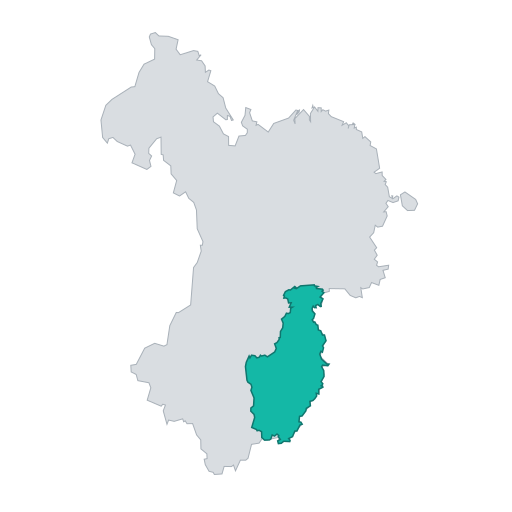 location of Xizang within China, rotated 272°
{"feature_id": "CHN-1662", "entity_name": "Xizang", "entity_type": "Autonomous Region", "adm_level": 1, "iso_a3": "CHN", "parent_name": "China", "parent_adm1": "", "projection": "robinson", "projection_center": [89.0, 31.884], "detail": "medium", "context": "in_parent", "style": "filled", "palette": "teal", "viewbox_px": 512, "rotation_deg": 272, "n_neighbors": 0, "source": "natural_earth", "source_scale": "10m", "svg_char_len": 5563}
<svg xmlns="http://www.w3.org/2000/svg" viewBox="0 0 512 512"><g transform="rotate(272 256 256)"><path d="M300.6,385.7L290.2,381.4L289.1,376.6L290.9,374.1L283.4,372.8L278.9,368.9L268.5,376.3L266.0,374.1L261.0,377.1L256.9,374.3L254.3,377.7L250.9,376.8L249.5,378.9L251.4,388.9L247.5,388.5L246.1,383.4L238.8,385.9L236.9,380.9L231.0,379.8L233.5,372.4L228.4,370.3L226.8,363.8L228.0,361.8L218.1,363.7L219.2,360.8L217.7,357.2L219.9,351.5L226.3,345.9L226.0,330.3L223.2,330.5L221.5,325.1L218.0,321.8L215.5,324.4L207.4,322.6L209.6,319.4L208.5,316.8L206.2,318.0L207.8,315.0L205.3,313.2L200.3,316.9L194.3,314.4L183.8,320.7L179.3,326.9L173.9,328.9L168.4,325.7L157.7,323.7L149.9,332.6L147.8,325.6L140.0,328.1L132.1,325.5L130.5,327.1L128.4,325.4L127.3,327.2L124.9,323.9L120.5,323.5L120.9,321.0L113.7,318.1L112.7,315.3L108.7,315.6L96.9,305.1L92.1,305.1L89.6,307.8L74.5,295.3L71.8,296.2L71.8,290.3L69.3,285.1L75.6,285.3L72.3,271.5L74.2,268.8L69.1,265.6L67.6,258.1L53.6,255.1L51.6,252.9L51.4,247.5L40.6,243.0L46.3,240.8L44.7,238.8L44.6,231.5L37.0,229.6L36.2,222.0L38.3,220.8L39.2,216.6L45.7,212.6L51.1,211.3L51.8,214.2L56.6,213.8L61.3,207.7L70.3,207.2L75.1,202.9L86.3,198.5L86.0,192.9L88.8,191.0L87.8,189.5L90.7,188.4L87.9,180.0L89.0,174.4L84.7,172.9L98.0,168.7L103.9,170.7L104.6,168.0L102.6,166.5L108.1,152.3L120.6,155.5L125.6,153.4L127.3,142.3L133.4,140.4L135.8,135.3L142.4,134.7L143.5,140.1L160.0,148.0L165.2,157.8L162.7,167.1L164.3,170.1L183.4,172.3L196.8,178.3L196.7,180.5L204.8,192.4L242.3,194.0L247.4,197.5L259.0,201.1L264.8,200.0L264.9,202.0L268.5,202.5L281.2,196.3L299.9,194.9L307.4,191.9L311.3,186.8L317.7,183.4L313.3,177.5L316.2,171.2L328.7,174.1L335.1,168.3L343.1,167.7L348.4,160.3L353.8,159.7L354.3,157.7L371.5,156.9L369.7,152.6L360.0,145.2L354.8,145.2L352.3,148.2L347.8,146.2L341.9,147.9L338.7,143.9L344.8,128.8L353.5,131.6L362.5,126.7L361.3,123.7L365.6,113.3L369.5,108.9L368.1,104.8L363.6,103.5L369.1,98.6L386.5,96.3L401.4,100.7L407.5,106.6L420.5,125.4L421.0,129.0L435.4,132.7L443.8,137.4L449.2,147.8L459.7,147.6L463.6,144.1L471.2,141.7L474.1,142.8L475.8,147.6L472.5,151.3L472.5,160.7L469.4,170.6L459.9,168.9L454.5,173.2L459.1,186.4L458.5,190.7L454.1,192.3L455.2,194.1L449.8,189.9L449.2,194.8L444.2,198.5L437.8,199.0L440.2,202.4L439.6,204.4L428.5,201.5L424.4,208.8L416.9,212.8L413.0,217.6L402.8,220.6L391.2,228.5L390.6,226.8L394.7,225.1L395.4,222.5L391.4,222.6L391.1,221.1L397.4,212.4L393.5,208.2L388.7,208.8L384.5,214.9L376.9,219.2L374.4,224.4L365.6,224.8L365.3,231.3L375.3,234.8L376.1,241.2L378.9,243.0L382.4,242.9L385.6,238.1L389.1,236.7L396.2,240.1L404.0,240.6L402.2,245.8L399.0,244.6L390.9,247.6L390.1,252.2L386.6,251.5L387.6,253.5L380.3,263.9L389.1,269.1L395.0,283.8L403.3,290.8L402.9,292.6L393.0,288.9L389.4,290.5L394.6,290.0L404.0,298.4L397.4,304.5L393.9,304.6L392.1,305.9L400.3,305.4L407.0,309.3L402.8,312.8L406.4,312.8L406.3,316.0L402.6,316.1L404.5,317.7L403.2,320.5L404.4,323.7L400.8,323.4L397.9,326.3L393.3,338.9L389.7,337.5L392.3,341.6L389.2,344.2L386.6,343.6L390.4,344.6L390.8,350.2L387.3,349.7L388.3,351.7L385.9,351.9L383.7,357.3L377.3,358.6L379.1,360.7L374.0,366.7L370.4,366.2L367.2,372.6L348.0,376.5L343.9,371.1L342.5,372.9L344.4,379.1L340.8,379.3L337.0,383.2L335.1,381.4L334.8,383.6L331.9,382.6L329.3,385.2L319.9,387.2L318.0,390.8L321.0,394.7L319.8,396.8L316.1,396.1L314.2,391.1L316.1,385.9L313.2,384.0L309.9,386.4L304.5,382.1L304.8,384.5L300.6,385.7ZM322.2,398.2L325.2,402.6L318.1,413.6L313.8,415.7L307.2,412.8L306.7,405.8L311.3,400.5L322.2,398.2ZM403.9,294.5L401.2,294.0L398.6,291.6L400.6,292.1L403.9,294.5ZM408.4,307.5L406.5,308.0L405.9,306.8L408.4,307.5ZM392.4,348.4L391.4,349.8L391.5,348.0L392.4,348.4ZM319.0,390.3L320.9,389.6L320.8,390.6L319.0,390.3Z" fill="#d9dde1" stroke="#a8b0b8" stroke-width="1"/><path d="M73.6,277.2L72.6,275.7L72.3,270.9L74.8,268.1L80.6,267.7L81.9,265.2L81.4,263.2L82.6,262.6L84.5,257.7L94.5,260.3L97.6,259.6L100.8,256.2L103.9,256.2L106.1,258.8L114.1,259.0L121.5,255.6L124.7,256.5L127.6,255.5L129.6,252.3L131.6,251.3L145.2,249.3L149.5,250.0L155.8,252.6L154.0,253.5L156.7,255.0L156.3,258.4L154.2,260.4L155.0,262.9L157.0,263.9L156.2,265.0L157.2,268.3L155.6,270.9L160.7,278.0L164.3,279.5L168.9,277.7L170.2,280.0L173.5,282.1L175.2,281.9L175.4,283.1L181.4,283.1L185.2,285.2L189.9,285.5L193.8,283.7L196.6,286.9L199.9,288.4L199.6,290.3L200.6,292.2L205.1,292.5L206.1,294.1L206.0,291.0L210.5,292.8L210.2,290.2L214.2,289.2L215.1,287.3L214.9,285.3L217.0,285.8L217.6,284.9L221.4,286.6L223.4,290.0L223.2,291.6L226.9,295.8L226.0,296.9L225.1,296.1L224.8,297.5L227.7,301.5L229.2,315.2L228.2,315.5L227.7,318.9L226.7,317.3L225.6,317.6L225.2,323.5L224.2,324.3L223.1,323.2L221.7,325.1L217.2,321.5L215.5,324.4L210.7,322.4L208.0,322.9L207.8,322.0L209.7,319.5L208.6,317.3L206.6,317.8L206.4,316.3L207.9,314.9L205.6,313.9L203.0,314.2L200.2,316.9L195.6,315.7L194.2,314.4L191.8,315.9L192.2,317.0L189.5,318.7L189.0,320.2L184.3,320.9L183.5,323.3L179.3,325.2L179.4,327.2L173.7,328.9L168.5,325.6L166.7,326.7L162.2,325.7L163.1,324.3L160.2,323.1L155.1,325.2L150.5,330.7L150.5,332.7L148.8,331.6L149.3,326.4L147.7,325.4L143.8,327.7L138.0,328.2L132.7,325.4L130.7,327.2L128.9,326.4L128.6,325.0L128.2,327.1L127.2,327.4L125.0,323.3L120.3,323.6L120.9,321.0L118.2,321.5L115.4,319.7L113.5,317.8L112.6,314.9L108.2,315.6L105.5,311.6L102.9,311.2L97.7,307.6L97.3,305.1L91.8,304.7L91.5,306.7L89.5,308.0L88.6,305.8L82.5,303.0L82.4,300.9L76.7,298.8L74.7,295.0L73.0,296.5L71.7,296.2L71.8,290.2L69.7,287.8L69.3,284.9L72.0,284.1L73.5,286.7L76.4,284.5L77.4,285.0L78.8,283.2L76.7,280.8L77.7,278.4L73.6,277.2Z" fill="#14b8a6" stroke="#0f766e" stroke-width="1.5"/></g></svg>